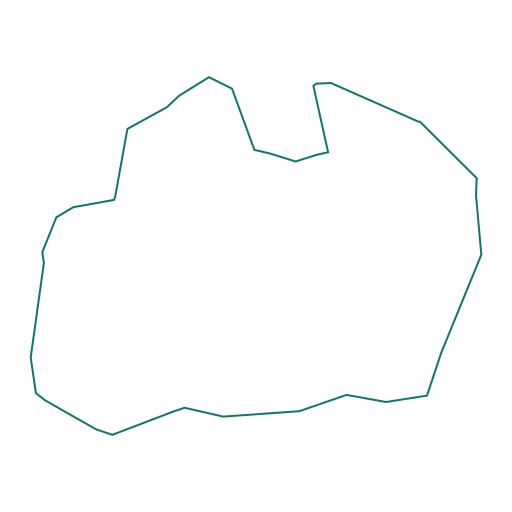 Esit Eket, Akwa Ibom, Nigeria
{"feature_id": "59680162B89342314449475", "entity_name": "Esit Eket", "entity_type": "district", "adm_level": 2, "iso_a3": "NGA", "parent_name": "Nigeria", "parent_adm1": "Akwa Ibom", "projection": "robinson", "projection_center": [8.072, 4.644], "detail": "fine", "context": "isolated", "style": "outline", "palette": "teal", "viewbox_px": 512, "rotation_deg": 0, "n_neighbors": 0, "source": "geoboundaries", "source_scale": "gbopen_adm2", "svg_char_len": 638}
<svg xmlns="http://www.w3.org/2000/svg" viewBox="0 0 512 512"><path d="M427.0,395.6L441.3,352.6L481.3,254.7L476.0,194.9L476.6,180.0L476.8,178.3L420.1,121.8L418.3,121.6L330.9,83.0L316.1,83.7L313.4,85.9L328.1,152.2L316.0,155.0L295.7,161.5L293.4,160.8L269.6,153.4L254.4,149.9L232.0,88.6L208.9,77.2L179.3,95.6L166.9,107.2L127.4,128.9L115.2,196.6L114.0,199.9L73.3,207.2L58.6,216.0L56.5,217.0L42.3,252.2L43.9,262.9L31.2,353.9L30.7,357.4L35.9,393.1L44.9,400.2L76.6,418.3L96.6,429.6L112.4,434.8L173.9,411.3L181.0,409.0L184.4,407.7L223.1,416.6L299.3,411.2L346.5,394.9L386.1,402.0L427.0,395.6Z" fill="none" stroke="#0f766e" stroke-width="2"/></svg>